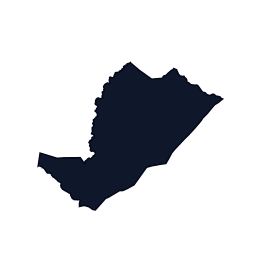 outline of Dadal, Hentiy, Mongolia, rotated 152°
{"feature_id": "93677404B34451829621413", "entity_name": "Dadal", "entity_type": "district", "adm_level": 2, "iso_a3": "MNG", "parent_name": "Mongolia", "parent_adm1": "Hentiy", "projection": "equal_earth", "projection_center": [111.511, 49.05], "detail": "fine", "context": "isolated", "style": "filled", "palette": "ink", "viewbox_px": 256, "rotation_deg": 152, "n_neighbors": 0, "source": "geoboundaries", "source_scale": "gbopen_adm2", "svg_char_len": 5839}
<svg xmlns="http://www.w3.org/2000/svg" viewBox="0 0 256 256"><g transform="rotate(152 128 128)"><path d="M131.4,173.1L131.4,172.6L131.8,172.2L132.6,171.8L133.6,171.8L133.9,171.6L134.0,171.3L134.1,170.8L134.3,170.3L134.3,169.9L134.4,169.6L134.5,169.4L135.3,168.9L136.0,168.2L135.7,167.4L135.7,167.1L136.0,166.7L136.4,166.5L136.7,166.5L137.4,166.8L138.3,166.7L138.6,166.8L139.7,167.6L139.8,168.1L139.9,168.3L140.9,168.7L142.2,168.4L142.1,167.8L142.5,167.6L143.4,167.7L143.7,167.5L143.8,167.4L143.8,166.9L143.6,166.6L144.4,166.1L144.8,165.6L145.0,165.5L145.3,164.9L145.6,164.7L145.6,164.2L145.4,163.6L144.5,162.3L144.4,161.5L144.5,160.9L144.9,160.5L145.4,160.3L145.7,160.2L146.3,160.1L146.5,160.0L147.7,158.5L147.9,158.5L148.7,158.8L148.8,158.7L149.0,158.5L149.0,158.1L148.9,158.0L148.4,157.3L148.4,157.1L148.6,156.3L148.5,156.0L148.1,155.3L148.1,155.1L148.2,154.9L149.4,153.2L149.4,152.8L149.1,152.5L149.1,152.4L149.4,152.4L150.1,152.4L150.9,152.7L151.2,152.5L151.5,152.0L151.6,151.9L152.3,152.0L153.0,151.8L153.3,151.5L153.6,151.5L154.4,151.5L154.8,151.4L154.9,151.1L154.9,150.9L154.9,150.3L154.8,150.0L154.8,149.9L155.3,149.6L156.0,149.3L156.3,149.1L157.1,148.3L157.1,148.0L156.8,147.0L156.9,146.8L156.8,146.5L156.8,146.2L157.9,145.6L158.4,145.4L158.6,145.1L159.4,145.1L159.5,145.0L159.7,144.7L159.8,144.2L160.2,143.6L160.5,142.9L160.7,142.1L161.5,141.0L162.6,140.5L162.8,140.3L162.8,139.8L162.7,139.6L162.4,139.4L161.8,139.1L161.7,138.0L161.4,137.6L161.3,137.1L161.4,136.8L161.9,136.4L162.4,136.2L163.1,136.5L164.4,136.4L164.5,136.3L164.4,135.8L164.5,135.6L164.3,135.3L164.4,135.2L164.9,135.0L165.5,135.0L165.7,134.9L165.9,134.7L166.0,134.2L166.5,134.2L166.8,134.6L167.3,134.8L167.8,134.5L169.3,133.5L169.3,133.2L168.8,132.8L168.8,132.6L168.8,132.2L168.8,131.7L168.8,131.4L169.1,131.2L169.9,130.9L170.1,130.6L170.1,129.9L170.3,129.7L170.1,128.8L170.1,128.1L170.1,127.9L170.8,127.3L171.1,126.7L171.6,126.4L171.6,126.2L171.4,125.4L171.4,124.8L171.3,124.7L170.9,124.5L170.1,124.5L169.6,123.9L168.6,123.4L168.5,123.0L168.8,122.5L168.3,121.8L168.5,121.2L168.8,120.9L169.1,120.2L170.2,119.8L170.3,119.7L170.5,119.2L170.8,119.1L171.0,119.6L171.4,119.7L171.8,119.7L172.4,119.1L173.3,118.8L174.0,118.7L174.5,118.5L175.1,118.3L175.8,118.6L176.1,118.9L176.2,119.3L176.6,119.7L177.4,119.7L178.1,119.6L179.2,119.1L180.8,118.9L181.6,118.6L181.8,118.4L181.8,117.9L181.8,117.6L181.9,117.3L182.2,117.1L182.6,117.0L183.2,117.3L184.1,124.2L198.5,131.7L204.8,134.5L217.4,147.1L225.2,136.5L224.3,136.5L222.0,134.0L222.3,133.3L221.8,133.1L221.6,132.8L220.8,130.8L220.8,130.1L220.8,129.2L220.5,127.9L220.6,127.4L220.5,126.8L220.2,126.2L219.9,125.8L219.3,125.6L218.3,125.0L217.4,124.1L217.3,123.7L217.5,122.4L217.4,121.7L217.2,121.0L217.2,120.5L217.1,119.8L216.9,119.6L216.5,119.2L216.0,118.2L215.6,116.8L215.4,116.5L215.2,116.3L214.6,113.6L213.0,111.7L212.9,111.2L213.0,110.8L213.2,110.1L213.4,109.7L214.0,109.2L214.3,108.8L214.3,108.2L214.8,107.4L214.8,107.1L214.5,106.6L214.4,106.3L214.6,106.0L214.6,105.3L214.5,104.8L213.1,102.4L211.6,100.2L210.8,98.7L210.0,97.7L209.7,97.1L209.7,96.5L209.8,96.1L210.1,95.4L210.1,95.0L210.2,94.5L210.2,94.0L210.1,93.5L210.3,92.5L210.1,92.0L209.7,91.2L209.7,90.9L209.2,90.6L209.2,90.2L208.6,89.8L208.3,89.5L207.8,89.4L207.3,89.2L206.6,88.5L205.6,88.0L204.2,87.6L204.3,86.5L206.2,84.3L207.7,81.5L206.2,81.1L203.4,80.3L203.0,80.1L201.7,79.0L199.8,77.1L199.3,76.5L198.8,75.7L198.1,74.0L197.2,72.5L195.7,71.3L195.4,71.0L180.8,76.4L177.8,76.1L164.9,76.7L161.9,75.2L157.2,74.9L149.4,75.0L130.1,84.6L124.5,83.4L120.1,81.9L117.9,81.3L111.2,78.9L106.0,82.2L100.9,85.6L96.2,87.5L82.9,92.0L78.0,93.4L76.4,94.0L70.9,95.9L63.1,98.9L59.6,100.4L57.5,101.6L50.4,103.9L47.2,105.3L40.7,107.9L36.9,108.1L30.8,109.2L31.9,110.6L32.0,110.8L32.0,111.2L32.1,112.0L32.3,112.4L33.0,112.8L33.3,113.1L33.6,113.7L33.9,113.9L35.1,114.7L35.5,115.1L36.1,117.0L36.4,117.5L36.9,117.8L37.6,118.1L38.3,118.2L39.5,118.1L40.1,118.2L40.6,118.4L41.1,118.8L42.1,119.8L42.8,120.8L43.0,121.8L43.1,122.4L43.3,122.8L44.0,123.5L44.3,123.8L44.6,123.9L45.4,124.7L46.5,132.9L47.5,133.8L48.1,134.0L50.5,135.5L52.1,136.8L52.4,137.3L53.2,139.4L53.6,140.0L54.5,140.6L54.5,140.8L53.8,142.4L53.5,144.0L53.8,145.0L54.0,145.4L54.2,145.6L54.4,145.9L54.5,146.5L54.2,147.2L54.7,147.6L55.6,147.9L56.3,148.5L56.5,148.6L57.0,148.4L57.2,148.6L58.2,151.7L57.8,156.7L59.8,159.0L60.1,158.7L60.7,158.6L61.3,158.3L62.3,158.5L63.2,158.4L63.6,158.2L65.0,158.0L65.4,157.8L65.8,157.7L66.3,157.7L67.1,157.4L67.4,157.4L67.6,157.2L68.8,156.9L69.1,156.7L69.4,156.6L69.9,156.7L70.6,156.7L71.2,157.0L72.1,157.1L72.4,157.0L72.5,156.8L73.0,156.7L73.3,156.5L73.4,156.3L74.0,155.6L84.2,160.0L91.0,173.7L95.2,184.3L95.2,184.7L95.9,184.5L97.0,184.7L97.7,184.6L98.0,184.7L98.2,185.0L98.6,185.0L98.8,185.0L99.3,184.4L99.7,184.1L100.7,184.6L100.9,184.6L101.1,184.3L100.8,183.9L101.0,183.7L101.4,183.8L102.0,184.3L102.5,184.4L102.8,184.4L103.0,184.3L103.2,184.0L103.2,183.5L103.1,183.4L103.0,183.2L103.4,182.8L105.2,182.8L105.6,182.8L105.8,182.7L105.6,181.9L105.7,181.7L106.0,181.6L106.6,181.8L107.7,181.7L107.8,181.8L107.7,182.0L108.0,182.3L108.7,181.9L109.4,181.8L109.4,181.6L109.3,181.3L109.4,181.2L110.1,181.3L110.4,181.8L111.4,182.0L112.3,182.4L112.6,182.7L113.2,182.7L113.4,182.5L113.7,182.1L115.0,181.2L115.2,180.7L115.4,180.5L116.0,180.4L116.2,180.2L116.5,179.8L116.7,179.6L117.8,179.3L118.1,179.4L118.4,179.9L119.2,180.3L119.3,180.8L119.5,181.1L120.0,181.3L120.3,181.3L120.5,181.2L120.7,180.9L121.0,180.1L121.6,179.6L121.9,179.3L122.0,178.8L122.4,178.2L122.5,177.8L122.4,176.9L122.8,176.4L123.0,176.3L123.8,176.0L124.2,176.0L124.3,176.2L124.4,176.8L125.2,177.5L125.5,177.5L125.8,177.3L126.4,177.1L126.7,177.4L127.9,177.3L128.4,177.0L129.3,176.6L129.9,176.1L130.2,175.7L130.4,175.1L130.4,174.5L130.4,173.9L131.1,173.5L131.2,173.4L131.4,173.1Z" fill="#0f172a" stroke="#020617" stroke-width="1.5"/></g></svg>